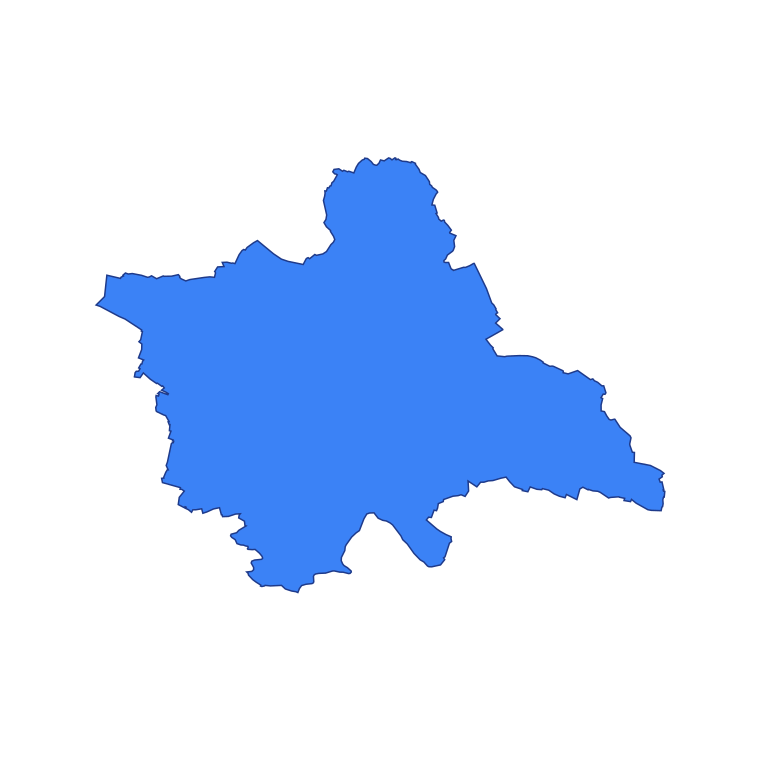 the district of Samko, Ang Thong, Thailand, rotated 282°
{"feature_id": "78962969B27943810698325", "entity_name": "Samko", "entity_type": "district", "adm_level": 2, "iso_a3": "THA", "parent_name": "Thailand", "parent_adm1": "Ang Thong", "projection": "equal_earth", "projection_center": [100.248, 14.6], "detail": "fine", "context": "isolated", "style": "filled", "palette": "blue", "viewbox_px": 768, "rotation_deg": 282, "n_neighbors": 0, "source": "geoboundaries", "source_scale": "gbopen_adm2", "svg_char_len": 6167}
<svg xmlns="http://www.w3.org/2000/svg" viewBox="0 0 768 768"><g transform="rotate(282 384 384)"><path d="M339.0,137.8L339.5,144.1L344.8,146.3L340.1,154.4L338.2,159.0L337.2,161.5L337.7,162.2L335.5,167.2L336.1,167.9L334.5,169.9L331.7,167.7L330.8,172.0L329.7,175.1L328.6,174.8L329.8,166.1L327.6,164.7L327.4,166.1L325.3,165.9L325.4,163.5L323.8,163.6L316.4,166.2L313.6,165.6L310.3,166.7L309.7,167.6L307.9,175.0L307.7,177.0L302.5,181.6L302.1,180.7L299.4,182.5L299.7,183.1L293.7,183.8L293.6,185.4L286.2,184.4L285.4,189.3L284.4,189.0L284.3,190.2L282.8,190.1L282.6,189.2L281.4,188.4L262.5,188.4L259.0,187.9L255.2,190.7L255.1,189.9L252.3,188.9L246.9,187.9L246.2,188.2L245.5,186.1L241.5,187.8L240.3,206.4L238.6,206.4L238.9,208.1L237.7,210.9L230.6,207.3L223.3,207.8L221.5,214.4L222.6,214.9L222.3,216.1L221.1,215.7L220.4,218.8L218.5,222.4L221.2,223.2L221.9,226.2L224.0,231.6L219.9,233.7L222.0,237.3L226.4,243.3L228.8,248.8L222.3,252.1L222.4,252.7L220.7,253.7L222.1,259.3L225.9,265.8L227.2,270.4L225.5,269.6L222.8,269.7L220.8,276.0L216.7,277.4L216.5,278.6L210.7,272.4L207.9,270.8L205.3,265.7L203.6,265.5L202.3,267.0L200.8,270.8L197.3,273.4L196.8,277.5L197.2,280.1L196.8,282.2L196.9,284.6L196.1,285.1L194.4,284.7L194.0,285.3L194.6,289.6L195.4,292.3L192.6,297.4L190.0,300.6L188.4,301.5L187.1,300.8L184.9,294.0L183.2,291.5L181.3,291.3L177.5,294.6L175.2,295.1L173.2,293.6L171.6,288.8L170.6,290.4L168.9,291.2L165.4,296.2L163.6,300.1L161.7,305.3L160.7,305.2L160.5,306.6L161.7,309.2L162.3,309.5L162.9,314.9L165.7,325.6L163.0,330.1L162.3,336.6L162.5,341.0L162.1,343.1L166.3,343.8L169.7,345.3L171.9,349.3L173.8,355.1L174.9,356.3L176.1,356.4L181.1,355.0L182.6,355.3L183.9,356.5L185.2,359.6L186.9,366.2L190.3,372.4L190.8,374.1L190.8,379.9L191.4,383.1L191.2,388.9L191.7,390.2L193.3,391.1L194.3,390.7L196.7,386.5L198.1,382.6L199.4,381.0L202.3,378.9L205.5,378.4L212.9,380.3L216.8,379.9L219.0,380.5L227.6,384.2L232.6,387.7L235.5,390.4L248.0,392.4L253.3,394.2L254.8,396.7L255.9,401.0L251.5,406.2L250.4,411.1L250.5,414.8L249.4,418.8L248.0,421.7L239.0,432.1L235.6,434.7L232.4,440.0L224.5,448.6L219.5,456.0L218.2,460.0L215.0,464.4L214.6,465.9L215.1,468.7L218.8,476.9L224.8,479.9L226.3,478.4L227.7,479.6L241.9,481.1L244.0,482.9L246.7,481.7L248.5,481.5L249.6,476.0L251.5,469.8L253.2,465.7L259.8,453.7L263.0,455.3L263.3,458.1L271.0,459.2L271.0,461.7L273.7,462.2L278.3,462.0L281.3,466.4L283.4,466.3L288.6,474.8L290.2,479.7L291.7,482.4L290.9,486.7L296.9,489.0L306.6,486.4L302.7,496.2L308.0,498.9L308.8,502.3L310.9,506.1L312.2,510.6L316.2,518.0L318.3,522.8L314.6,527.2L310.6,533.0L309.6,541.5L308.5,541.4L308.5,547.1L313.7,548.4L312.8,555.4L313.4,560.3L314.6,560.7L314.4,567.2L311.9,573.2L310.7,578.8L310.4,584.8L313.9,585.4L311.0,596.7L322.1,597.4L324.4,600.0L322.9,605.6L323.4,605.8L322.9,610.6L323.5,615.4L323.0,618.0L319.2,627.4L320.2,629.3L322.5,637.2L322.2,637.6L322.2,643.2L319.9,643.0L320.2,649.6L322.6,650.1L319.9,655.3L315.9,668.2L316.0,671.8L317.7,681.4L321.3,681.4L321.9,682.0L324.9,681.9L328.7,680.8L331.3,680.9L331.9,681.1L331.8,681.6L337.3,681.0L337.3,679.7L338.5,679.1L338.7,679.7L346.0,676.3L345.4,674.6L348.2,672.8L351.1,675.5L352.7,674.8L354.8,676.5L356.8,672.4L359.7,661.5L359.4,645.0L369.1,643.2L368.9,641.1L375.1,637.3L376.4,636.8L382.7,636.8L384.4,635.5L390.7,624.0L397.5,617.2L397.5,616.7L395.9,613.4L396.2,611.6L399.0,608.6L402.8,605.4L402.8,602.0L408.6,600.7L415.2,600.9L415.7,599.1L419.7,600.5L419.9,602.3L421.5,602.9L427.9,599.3L427.5,597.5L430.1,592.6L430.9,589.2L432.4,587.2L431.2,585.0L437.4,570.6L432.2,562.0L432.3,556.9L433.8,556.7L434.2,556.2L436.5,546.1L436.5,544.8L435.8,542.5L437.7,535.2L438.5,535.1L439.9,531.8L441.2,527.0L441.5,523.7L441.5,518.7L439.9,510.5L436.8,498.5L435.8,496.4L435.0,488.8L441.1,483.1L442.1,483.3L444.2,480.0L449.0,474.4L461.8,488.9L462.2,488.7L466.8,480.5L472.0,483.9L475.1,478.9L476.2,479.1L477.3,480.3L479.9,477.9L480.8,478.0L484.2,474.9L485.7,472.5L498.6,464.4L520.7,447.2L520.5,446.5L517.6,443.3L515.0,439.5L514.7,437.6L509.5,428.2L510.2,427.5L510.2,426.4L510.9,425.5L516.3,421.9L515.6,418.7L515.8,417.3L517.2,416.9L519.1,418.3L523.3,419.2L528.2,423.5L529.5,424.0L533.1,424.5L539.0,422.4L544.0,423.6L545.3,417.0L545.9,416.7L548.5,417.9L552.3,413.6L555.0,409.7L556.6,409.0L556.7,408.0L555.2,406.1L556.8,403.2L558.3,402.6L561.6,399.4L562.3,400.4L569.4,396.5L569.1,393.6L575.0,393.9L580.8,395.5L582.6,396.6L583.4,396.2L584.7,394.5L586.4,390.4L587.7,389.4L588.8,387.2L591.4,386.3L596.5,381.2L598.4,375.5L601.3,373.6L605.5,369.0L606.4,368.9L607.3,365.0L607.1,364.5L606.0,364.3L606.3,359.8L605.7,355.6L606.2,352.7L607.0,351.0L606.1,349.9L606.0,348.8L607.2,348.8L607.5,347.7L604.9,345.2L606.0,343.0L606.1,341.5L602.3,337.8L602.4,334.0L599.0,333.2L596.5,331.5L596.3,330.5L596.6,328.0L598.9,325.2L601.1,321.0L600.9,318.2L599.6,317.9L598.6,316.2L594.5,313.2L590.5,311.8L584.2,310.6L584.8,305.3L584.0,304.3L584.7,300.3L583.5,299.2L585.1,295.1L583.5,290.5L580.9,289.8L579.3,292.0L579.3,293.9L578.9,294.8L571.8,292.6L570.0,291.2L566.9,291.0L566.6,290.1L564.3,289.2L564.2,287.9L560.8,287.5L560.6,286.0L558.4,286.7L555.3,286.9L550.9,286.6L537.4,292.8L532.9,293.0L529.4,291.7L525.8,295.0L523.0,299.8L522.1,299.9L518.0,303.9L515.1,305.8L512.1,305.0L509.3,303.1L501.6,300.2L498.5,297.1L495.8,291.2L496.3,289.4L491.1,285.2L491.8,283.5L491.0,282.4L490.2,281.8L484.1,280.1L484.0,264.6L484.8,257.7L488.4,248.8L498.0,230.4L495.0,227.0L489.1,221.7L486.2,220.5L486.4,218.8L485.0,217.4L480.4,215.4L470.8,213.2L470.9,210.9L470.4,209.7L470.5,205.1L469.3,200.5L465.6,203.1L463.9,196.9L458.8,195.0L458.4,195.7L457.4,196.1L453.1,196.0L452.6,191.4L450.8,185.8L445.8,172.4L443.6,168.7L444.7,163.8L445.7,162.0L446.8,161.9L448.2,160.1L445.3,153.8L443.6,146.4L443.8,145.6L439.7,139.7L441.5,134.1L439.9,132.2L439.2,130.6L439.9,124.3L439.7,114.8L438.4,111.0L438.8,108.0L436.1,106.0L435.5,106.7L433.7,104.5L432.5,104.3L432.8,90.3L411.4,92.5L401.4,86.0L400.9,90.2L395.0,110.8L393.7,117.2L386.5,135.7L385.3,135.6L385.1,136.8L376.7,136.8L374.4,135.5L372.8,138.8L367.4,139.8L358.5,138.4L357.5,143.9L356.1,143.1L353.3,143.0L353.0,142.1L348.7,140.7L348.2,142.2L345.5,141.3L344.9,139.0L343.3,138.2L339.3,138.4L339.0,137.8Z" fill="#3b82f6" stroke="#1e3a8a" stroke-width="1.5"/></g></svg>